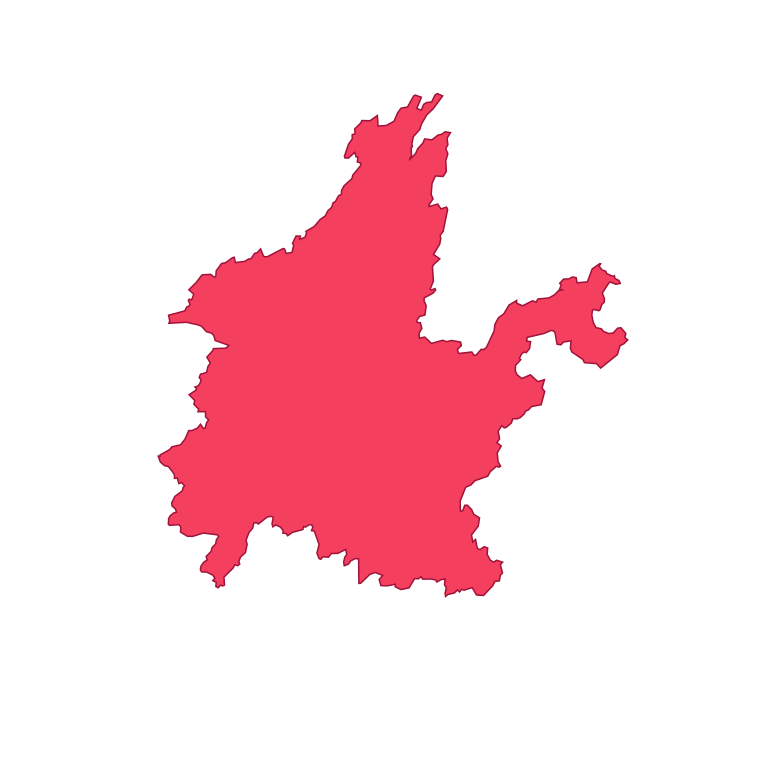 SVG path tracing the border of Yunnan, rotated 38°
{"feature_id": "CHN-1810", "entity_name": "Yunnan", "entity_type": "Province", "adm_level": 1, "iso_a3": "CHN", "parent_name": "China", "parent_adm1": "", "projection": "equal_earth", "projection_center": [102.236, 25.179], "detail": "fine", "context": "isolated", "style": "filled", "palette": "rose", "viewbox_px": 768, "rotation_deg": 38, "n_neighbors": 0, "source": "natural_earth", "source_scale": "10m", "svg_char_len": 6170}
<svg xmlns="http://www.w3.org/2000/svg" viewBox="0 0 768 768"><g transform="rotate(38 384 384)"><path d="M384.4,565.0L381.9,563.2L378.8,557.3L376.8,557.6L373.9,560.6L371.2,571.7L368.8,571.8L367.0,573.8L369.3,578.4L369.0,584.0L371.5,592.1L374.8,594.5L378.6,602.1L377.5,608.6L378.8,613.2L381.2,614.7L380.6,617.2L377.8,618.3L378.4,622.0L376.8,634.8L382.1,640.6L381.2,642.5L379.0,643.1L378.8,646.6L376.2,647.1L373.8,643.5L370.2,644.4L370.3,641.2L367.0,640.0L360.3,641.3L355.9,644.4L353.5,643.3L351.8,639.8L351.7,635.2L353.0,631.5L350.0,629.4L350.8,622.6L349.2,618.5L349.9,613.9L347.9,610.1L347.5,605.8L345.7,605.4L333.5,612.6L327.0,621.9L322.9,625.0L314.8,626.0L312.0,621.8L309.2,621.0L302.0,627.4L300.3,627.2L297.1,622.5L296.6,619.6L297.5,615.4L299.4,612.8L296.4,610.8L292.2,610.7L289.9,608.4L288.4,601.3L290.8,592.4L289.3,588.8L289.7,587.0L285.0,586.4L283.7,588.8L278.9,585.3L277.0,587.4L274.5,584.4L269.9,583.0L264.9,581.8L261.3,583.5L255.8,583.2L250.5,579.9L252.0,578.9L251.2,577.8L255.5,567.5L255.5,564.1L261.1,557.3L261.1,549.9L258.8,540.9L261.3,539.0L264.1,533.6L264.1,528.7L269.1,530.2L270.2,529.0L267.9,523.4L268.0,520.4L263.6,519.7L260.3,515.7L254.5,520.4L253.4,517.9L246.6,517.0L245.2,513.6L237.0,512.4L239.6,504.6L239.0,502.9L236.9,502.8L238.7,500.0L238.7,497.5L237.5,493.5L234.3,492.6L233.4,489.2L237.1,484.1L234.5,478.7L234.2,474.4L227.9,471.9L228.5,462.7L227.7,461.2L237.4,453.1L237.9,449.1L224.2,453.7L220.2,450.7L216.9,450.1L211.8,452.1L204.5,450.8L200.8,452.0L190.2,457.1L177.1,468.6L176.4,466.3L171.9,462.4L182.0,449.0L181.2,444.8L182.3,442.8L182.0,440.5L178.5,438.8L178.2,437.2L180.7,436.0L178.7,430.3L172.2,429.9L173.5,419.6L173.4,411.4L173.5,409.9L179.8,404.4L184.8,404.1L185.2,402.8L182.1,398.1L181.8,389.1L184.5,385.9L186.8,377.8L188.0,376.3L192.1,379.8L198.8,373.0L200.3,368.8L202.1,367.5L201.6,360.8L203.3,358.5L203.6,353.5L210.2,357.4L211.9,357.0L213.6,355.7L221.1,339.3L222.5,338.8L226.5,341.3L230.5,337.0L227.4,330.3L225.3,329.5L223.6,321.5L227.2,318.9L228.4,322.0L231.4,317.0L230.1,312.8L228.4,311.8L232.0,303.1L232.4,293.4L234.2,287.8L233.1,282.1L234.0,277.1L232.3,272.5L233.4,270.2L232.3,263.9L233.6,260.5L231.4,257.7L230.5,252.3L232.3,241.9L230.8,238.7L231.1,226.4L229.6,224.2L226.3,225.5L223.6,221.3L222.2,222.2L218.3,219.5L216.9,227.8L214.2,229.9L212.6,229.0L208.4,216.8L208.1,210.6L205.4,207.0L207.2,204.8L203.9,201.0L205.0,192.5L204.4,190.0L210.9,185.1L213.5,176.5L220.5,184.4L226.7,178.8L230.1,170.7L227.8,161.8L227.6,156.2L232.0,151.2L230.0,138.9L230.8,137.1L236.9,135.0L240.2,146.7L244.8,145.3L243.1,139.2L244.3,136.0L247.9,132.4L246.3,125.0L247.2,122.3L252.9,120.9L253.3,137.4L252.0,145.7L253.6,156.6L255.5,161.2L254.9,171.1L258.0,177.4L260.2,179.5L260.2,181.4L265.3,187.4L265.5,190.3L266.1,191.1L267.0,182.9L265.7,177.8L266.3,169.9L265.1,165.9L271.4,162.1L273.3,154.6L275.7,151.7L276.9,147.6L281.6,145.0L282.4,151.5L287.0,156.1L287.8,160.5L292.6,163.3L295.2,170.0L302.3,178.2L302.8,184.1L296.4,188.4L298.4,196.4L304.6,205.7L308.7,207.9L309.1,214.6L310.2,216.4L315.6,209.1L321.0,211.0L324.4,206.1L326.7,207.3L336.7,227.4L336.7,232.3L339.3,234.6L341.8,239.5L343.2,251.5L350.9,251.0L349.6,259.4L350.1,261.9L359.6,272.5L361.9,280.7L363.5,280.8L365.4,277.4L366.9,278.2L366.6,282.6L362.6,291.4L364.5,293.9L369.0,296.3L373.8,304.4L370.4,309.0L370.8,314.1L372.3,315.0L374.9,313.3L379.6,316.9L380.4,322.4L383.7,326.1L387.2,321.9L396.4,322.8L403.2,313.5L407.4,312.0L410.4,308.1L418.5,303.8L421.3,306.0L420.5,311.5L424.0,314.0L433.5,304.7L437.1,306.0L438.8,304.7L439.2,296.9L441.3,295.5L442.2,292.2L438.1,274.5L434.6,268.5L433.4,261.3L435.2,254.9L433.9,244.8L437.1,236.5L438.8,238.7L445.1,237.0L449.7,227.1L453.5,225.7L452.9,222.3L460.9,214.7L463.4,208.9L464.1,202.7L466.3,200.3L463.9,201.1L462.7,196.8L460.4,196.5L461.0,190.6L465.0,187.4L466.6,183.6L470.0,181.9L473.8,185.4L481.4,178.3L477.2,165.2L479.9,156.4L480.6,155.9L481.2,158.8L485.7,159.9L489.3,158.6L491.4,159.9L498.2,158.2L498.9,156.8L501.0,158.7L505.4,157.8L508.3,159.2L505.3,162.7L499.6,164.3L499.0,165.9L500.0,177.8L505.2,181.1L507.2,183.9L506.7,187.2L508.5,192.1L508.2,194.0L503.3,196.2L503.0,197.7L505.3,201.7L510.9,206.6L516.4,209.1L521.1,206.7L524.5,207.4L530.0,205.9L533.2,202.7L533.7,196.2L536.1,193.8L543.5,195.3L545.1,199.1L548.9,199.2L548.3,204.5L546.4,208.5L549.8,217.1L544.9,238.1L539.0,237.1L528.8,243.8L525.6,242.2L512.3,243.1L508.9,241.2L504.8,234.8L499.6,240.5L499.3,244.2L495.9,246.1L486.8,238.0L484.6,237.9L482.7,238.9L478.7,246.1L468.1,259.1L470.1,262.4L473.4,260.4L476.9,266.5L476.8,271.7L474.7,272.6L473.9,275.5L474.8,280.4L476.8,280.6L476.2,288.4L479.5,292.9L483.2,294.7L489.1,294.9L493.7,286.6L503.7,287.4L507.8,281.8L511.0,289.9L515.2,290.9L520.6,303.6L514.2,310.8L513.8,315.5L512.3,318.2L512.9,321.3L512.1,326.3L510.4,329.5L506.9,332.0L508.4,336.4L506.9,343.1L505.8,344.5L502.5,344.3L503.0,350.9L508.9,356.1L509.1,360.7L514.6,360.7L515.6,368.5L521.7,375.0L526.5,377.0L525.8,378.8L523.2,379.6L521.7,387.6L522.5,392.8L515.2,404.2L514.6,410.2L511.9,415.1L516.2,429.6L522.5,437.1L524.1,435.5L522.3,429.9L524.3,428.2L530.3,429.0L534.9,431.4L541.7,430.7L545.8,438.0L545.9,449.1L551.2,453.8L551.8,450.1L558.5,455.9L560.4,455.8L561.7,455.2L563.1,450.5L566.7,449.4L570.0,454.6L575.9,457.3L580.0,457.0L581.3,453.5L587.2,451.4L586.9,454.7L593.7,459.9L593.4,462.9L596.1,468.2L592.9,471.2L593.9,476.0L592.6,489.4L586.8,493.3L578.9,490.2L574.2,497.0L571.6,498.2L571.6,501.4L568.6,501.1L568.2,505.2L563.9,510.6L563.3,513.5L561.0,511.4L558.6,506.2L555.3,505.0L552.1,500.1L549.3,503.2L547.6,507.5L545.4,506.6L540.8,508.9L534.6,514.0L532.0,512.9L531.0,516.3L527.9,518.6L529.3,529.2L524.0,535.5L517.8,536.9L516.1,534.9L511.0,540.9L505.7,544.8L500.6,541.1L500.7,535.7L493.2,537.9L490.1,542.6L488.3,555.3L487.0,556.6L471.6,537.4L468.8,539.4L466.7,543.8L466.9,547.8L464.6,551.7L461.9,549.3L459.7,544.6L459.6,541.4L455.7,537.9L451.9,545.9L446.9,550.0L446.9,554.6L442.1,557.9L442.2,561.0L440.4,561.6L435.2,558.5L431.7,550.5L419.6,542.8L417.1,544.2L416.2,540.9L413.8,539.4L411.7,540.9L410.2,545.2L408.3,545.9L409.7,548.6L403.2,557.3L401.5,562.9L398.9,562.0L396.1,563.8L395.0,561.7L390.6,560.5L385.5,561.7L384.4,565.0Z" fill="#f43f5e" stroke="#9f1239" stroke-width="1.5"/></g></svg>